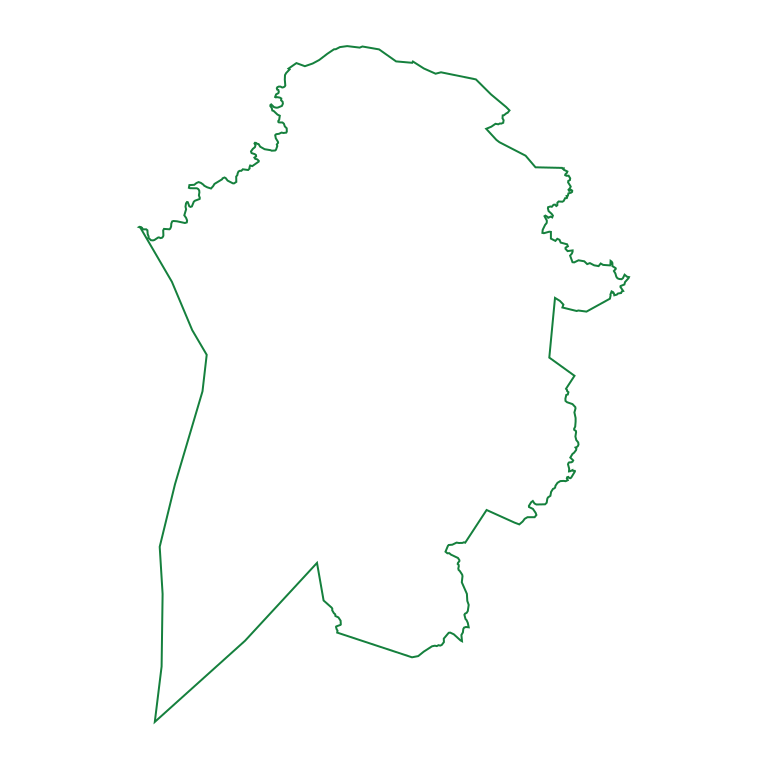 outline of San Agustín Loxicha, Oaxaca, Mexico
{"feature_id": "50627088B42356664126835", "entity_name": "San Agustín Loxicha", "entity_type": "district", "adm_level": 2, "iso_a3": "MEX", "parent_name": "Mexico", "parent_adm1": "Oaxaca", "projection": "orthographic", "projection_center": [-96.596, 15.968], "detail": "fine", "context": "isolated", "style": "outline", "palette": "green", "viewbox_px": 768, "rotation_deg": 0, "n_neighbors": 0, "source": "geoboundaries", "source_scale": "gbopen_adm2", "svg_char_len": 6084}
<svg xmlns="http://www.w3.org/2000/svg" viewBox="0 0 768 768"><path d="M462.0,641.2L461.4,635.0L462.9,632.4L463.3,629.0L464.1,627.6L465.9,627.0L468.7,627.3L467.8,622.9L466.6,620.2L465.5,619.0L464.4,614.8L465.0,613.7L466.7,612.8L467.8,611.0L468.7,604.9L467.3,600.9L466.9,593.9L461.8,582.3L462.5,576.2L462.2,574.7L459.8,571.0L458.6,569.9L458.3,568.4L458.8,566.3L458.6,564.8L457.7,564.0L457.9,563.0L459.4,561.1L459.4,560.2L458.0,558.0L450.9,554.6L449.3,553.2L447.4,553.3L445.5,551.7L447.9,545.9L448.7,545.0L452.3,544.7L456.6,542.6L458.9,543.0L462.4,542.9L464.0,542.3L465.2,542.7L486.6,510.0L514.5,522.6L519.3,524.4L522.7,521.5L524.7,518.8L527.5,517.2L534.6,517.2L536.4,515.0L535.6,512.8L532.9,508.9L529.0,507.0L528.9,505.9L531.2,502.2L532.8,501.0L534.5,503.5L536.4,504.5L545.1,504.3L546.7,502.7L547.3,498.8L547.9,497.5L550.4,495.8L551.1,491.9L553.0,488.9L554.2,488.4L555.1,487.6L555.5,485.7L557.5,482.8L560.3,481.1L563.6,480.9L565.6,481.2L567.8,480.2L566.8,478.4L567.2,477.2L568.3,476.9L569.1,477.9L570.4,478.2L571.2,477.6L574.9,471.5L574.8,470.9L572.6,470.7L572.5,470.1L570.2,471.2L569.0,471.4L569.2,468.8L568.0,464.3L568.5,463.0L569.1,462.4L571.2,462.3L572.5,461.7L573.2,460.4L570.3,457.6L572.5,453.9L574.0,452.8L576.0,450.2L576.4,448.8L575.5,447.5L576.7,447.1L577.9,446.0L578.5,444.6L578.2,442.4L576.3,440.1L575.4,436.5L576.1,432.1L575.9,431.0L574.2,429.8L574.1,428.9L575.2,426.6L575.6,421.7L575.6,418.0L574.4,412.4L575.5,408.5L575.3,407.1L572.5,404.1L567.0,402.2L565.5,400.9L565.4,398.7L566.3,394.9L567.8,394.5L568.4,392.2L567.1,391.0L567.0,390.0L566.0,388.8L574.5,375.8L549.3,357.6L555.0,297.9L559.9,300.9L563.4,304.6L562.4,307.5L576.7,311.0L578.3,310.5L586.5,311.6L609.9,298.7L610.6,295.5L610.4,294.6L611.6,291.4L613.1,292.2L613.1,293.0L613.9,293.3L614.3,295.3L616.8,294.6L618.0,293.5L621.1,293.0L621.8,291.5L623.2,291.0L620.4,286.9L620.6,286.0L624.4,284.5L625.0,282.1L628.5,278.2L629.0,277.1L627.0,276.7L624.6,274.7L622.9,278.2L621.6,279.2L619.3,279.0L617.5,278.3L616.3,276.7L615.4,273.5L613.9,271.0L615.8,268.8L615.6,268.1L612.4,266.1L612.4,263.0L611.7,261.7L610.6,260.9L610.4,264.6L610.0,265.4L603.1,264.9L600.7,263.5L598.6,266.1L594.1,265.3L589.9,263.1L587.2,264.1L584.3,261.3L578.5,260.3L574.2,262.4L572.5,262.2L570.1,255.6L571.9,253.5L572.6,251.7L572.6,250.4L567.6,251.1L565.5,248.8L565.6,247.6L567.9,246.3L567.1,244.3L560.7,242.6L559.5,239.8L557.3,238.8L555.4,240.9L550.9,238.6L550.9,231.9L549.3,231.7L543.9,233.2L542.4,232.9L542.7,229.8L545.2,224.7L546.5,223.3L546.8,222.1L546.8,220.5L544.5,216.2L545.4,215.6L547.7,217.0L548.2,217.8L550.7,216.6L552.2,217.4L552.9,215.6L551.6,213.8L548.6,211.1L547.9,208.4L548.1,207.2L550.3,206.5L551.8,206.8L553.5,204.8L555.0,204.6L556.3,206.0L557.3,205.3L557.4,202.7L558.6,201.5L562.5,201.7L563.7,200.9L565.1,198.2L566.8,198.1L567.1,197.4L566.6,196.0L567.9,195.7L568.4,193.4L571.0,192.7L572.1,191.9L572.2,190.6L571.1,189.9L569.2,190.9L568.5,189.8L570.1,188.0L570.7,186.5L568.1,182.4L568.3,180.9L569.9,180.1L570.2,178.3L568.6,175.7L566.5,175.8L565.2,175.2L565.3,174.4L566.9,172.8L567.4,171.5L563.9,169.8L563.7,168.3L562.6,168.7L562.1,167.9L535.5,167.3L525.6,155.7L499.4,142.2L496.4,139.9L486.2,128.8L491.3,126.7L495.5,123.8L498.3,124.3L499.8,123.5L501.3,123.6L503.2,122.8L503.6,120.2L502.5,118.3L502.7,115.4L504.0,115.2L506.5,113.2L507.6,112.8L509.5,110.4L506.1,107.0L491.0,94.4L475.9,79.4L441.0,72.3L435.6,73.7L423.9,68.5L412.9,61.5L412.2,62.8L396.1,61.4L379.1,49.4L362.4,46.5L359.7,47.6L347.2,46.1L339.9,47.1L335.8,49.2L334.0,49.3L327.3,53.8L319.2,60.0L312.7,63.5L304.9,66.2L296.4,63.1L288.5,68.6L289.6,69.4L286.1,73.1L285.0,75.1L284.8,79.6L285.3,85.5L284.7,86.5L283.6,87.2L282.2,87.5L280.5,86.6L278.7,86.6L277.4,87.2L276.8,88.2L277.2,89.6L278.3,89.9L278.8,91.8L278.4,93.1L276.1,94.4L275.1,97.0L275.9,97.4L276.9,97.1L279.8,97.6L281.3,98.5L281.1,100.3L282.6,101.7L282.9,103.7L281.9,105.9L277.8,107.6L276.2,107.7L274.0,107.1L271.2,104.4L270.5,104.9L270.3,106.0L271.8,108.1L272.3,110.5L273.7,111.0L277.5,114.6L279.8,115.7L279.2,119.7L278.3,121.0L278.3,121.9L278.9,122.4L282.5,122.5L283.9,123.7L284.8,126.4L286.7,128.3L286.8,131.5L286.3,132.6L283.5,133.0L281.5,132.6L279.0,133.8L276.2,134.2L275.2,135.2L275.8,138.3L277.9,141.7L278.1,142.8L276.8,144.5L277.3,146.0L276.0,149.7L275.1,150.5L271.6,150.7L270.6,150.2L264.6,149.2L260.2,146.7L258.6,144.1L257.2,143.8L256.0,142.9L254.9,142.8L254.5,143.5L255.5,145.2L254.9,147.2L252.8,148.9L251.0,151.4L251.2,152.2L251.6,153.1L254.7,154.1L256.0,155.1L256.1,156.4L254.4,157.6L255.2,158.8L257.3,159.4L258.8,160.9L258.7,161.6L252.3,166.1L250.2,165.5L249.5,167.3L249.6,168.5L248.1,170.0L242.8,169.3L241.4,170.8L239.8,170.8L238.5,171.5L237.6,173.5L237.4,175.0L236.2,176.6L236.3,181.9L234.0,183.4L232.8,183.3L227.6,180.6L225.7,178.1L224.5,177.5L222.6,178.3L222.1,179.3L214.5,183.9L213.1,186.2L211.0,188.5L207.2,187.3L204.2,185.7L203.4,184.7L200.9,182.9L198.6,182.1L196.5,183.0L194.3,184.8L189.4,185.1L188.9,187.8L190.0,188.2L196.9,188.3L198.3,189.1L199.2,190.5L199.4,192.4L198.9,195.3L199.8,197.9L199.6,199.0L195.0,200.7L193.8,201.7L191.9,206.4L190.5,206.9L189.3,206.3L187.8,202.2L187.0,202.0L186.0,203.4L185.5,206.7L186.1,209.3L184.3,215.3L186.1,217.9L187.1,220.5L186.8,222.4L184.9,223.0L177.0,221.3L173.5,221.0L172.2,221.4L171.3,223.6L171.1,226.6L170.2,228.7L169.4,229.3L164.0,228.9L163.2,230.4L163.4,235.4L163.1,236.5L162.1,237.7L160.6,238.1L158.9,237.4L158.0,237.6L154.4,240.0L153.0,240.4L150.9,240.2L148.5,237.8L148.6,236.4L147.7,234.2L147.4,230.3L146.2,229.3L142.8,229.3L142.1,227.9L141.0,227.1L139.5,226.8L139.0,227.1L140.3,227.6L171.9,281.8L192.2,330.1L206.7,354.8L202.5,391.3L175.0,484.2L159.7,546.8L162.6,594.0L161.6,666.5L154.8,721.9L245.0,640.8L317.0,562.9L323.6,600.5L331.7,607.7L332.3,608.7L332.2,610.3L333.9,613.2L335.2,614.3L335.4,616.0L338.4,617.4L340.6,620.7L340.8,624.4L340.5,624.9L336.3,626.4L336.0,626.9L336.7,629.4L337.5,630.6L337.2,632.6L412.0,657.3L418.2,656.1L423.8,651.6L432.0,646.3L434.9,645.7L436.8,646.1L438.5,645.2L440.2,645.6L441.7,645.0L443.9,642.1L443.8,638.6L448.7,632.8L450.2,632.6L453.8,634.3L460.5,640.4L462.0,641.2Z" fill="none" stroke="#15803d" stroke-width="2"/></svg>